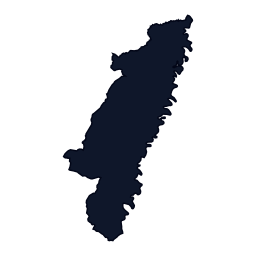 Yotoco, Valle del Cauca, Colombia
{"feature_id": "7082276B27401481263527", "entity_name": "Yotoco", "entity_type": "district", "adm_level": 2, "iso_a3": "COL", "parent_name": "Colombia", "parent_adm1": "Valle del Cauca", "projection": "orthographic", "projection_center": [-76.383, 3.898], "detail": "fine", "context": "isolated", "style": "filled", "palette": "ink", "viewbox_px": 256, "rotation_deg": 0, "n_neighbors": 0, "source": "geoboundaries", "source_scale": "gbopen_adm2", "svg_char_len": 5804}
<svg xmlns="http://www.w3.org/2000/svg" viewBox="0 0 256 256"><path d="M181.3,64.8L182.3,63.7L182.9,62.3L183.0,61.2L182.5,58.7L183.4,57.3L184.2,57.3L185.1,57.8L185.5,59.1L185.2,60.9L185.7,61.4L187.1,61.0L188.0,59.3L187.9,58.2L187.4,57.3L184.9,56.1L184.1,55.2L183.9,53.4L184.5,51.6L184.5,50.5L184.0,49.4L182.1,47.8L182.3,47.3L184.1,46.6L186.1,46.9L188.5,48.6L190.3,51.2L191.1,51.1L191.9,49.8L191.6,48.4L190.4,47.2L189.9,45.6L190.1,44.6L191.5,43.0L191.4,42.4L187.4,40.4L186.8,39.4L186.9,38.4L188.1,36.0L187.9,34.7L187.1,33.9L186.2,33.7L183.9,34.5L183.2,33.8L183.4,33.1L185.5,31.5L185.7,30.9L185.3,30.1L183.7,29.4L184.2,28.1L185.6,27.6L188.7,28.0L189.4,27.6L190.4,23.4L192.4,20.7L192.2,19.6L190.0,16.6L189.0,15.8L187.6,15.4L186.0,18.1L185.7,19.9L183.3,20.6L182.0,20.8L180.3,20.2L178.7,21.1L178.3,20.0L177.7,20.8L176.8,20.2L175.4,21.0L174.8,20.9L174.1,21.3L173.3,20.9L172.9,21.5L172.0,21.1L171.2,21.4L171.1,20.8L170.7,20.8L170.0,21.6L168.8,21.9L169.0,22.7L168.7,23.1L167.7,22.6L166.9,22.7L166.4,23.2L165.9,22.4L164.9,23.5L163.1,23.7L162.8,24.8L162.0,25.3L160.6,24.3L159.5,25.2L156.7,23.8L155.0,24.1L153.9,25.1L152.7,24.7L152.5,25.2L150.8,26.2L150.8,26.9L150.5,26.7L150.5,27.2L148.9,29.3L148.1,29.6L148.3,31.4L147.7,32.4L148.2,34.7L148.9,35.0L149.3,36.2L150.2,37.1L151.0,39.7L149.4,40.3L149.6,41.0L147.2,42.4L146.7,43.9L147.0,45.1L145.2,45.5L143.8,46.7L141.3,47.0L140.9,48.0L140.1,48.5L138.0,50.5L137.6,50.3L136.9,50.9L136.5,50.5L134.3,50.9L130.6,50.6L129.6,51.3L129.1,52.2L127.3,53.3L126.3,52.7L125.5,53.0L125.3,53.8L124.5,53.7L123.8,53.2L122.9,53.5L122.1,54.0L121.6,55.1L120.2,55.5L119.8,56.6L119.2,57.2L117.9,56.9L116.1,55.2L115.4,55.1L115.0,54.4L112.9,53.7L113.4,54.5L113.0,55.2L113.1,55.9L112.3,56.7L112.2,59.9L113.5,60.6L113.2,61.9L112.6,62.7L112.7,63.5L112.0,65.5L111.3,65.6L111.1,65.9L111.0,67.6L114.1,70.4L114.9,70.5L116.1,69.8L119.0,69.1L120.2,69.1L121.9,69.8L122.2,70.6L121.8,71.7L122.5,73.0L122.6,74.1L125.4,76.1L121.9,76.4L119.4,78.6L115.7,80.9L114.6,81.9L114.0,83.1L112.2,84.9L109.2,89.7L107.6,93.6L106.7,94.0L107.4,96.2L107.6,98.3L107.3,98.8L105.8,99.4L105.3,100.4L105.5,101.8L103.6,102.9L101.5,105.7L100.5,107.9L93.9,113.6L93.3,113.8L92.4,115.0L92.1,117.3L91.2,119.3L91.3,120.8L92.0,122.3L91.6,124.7L86.0,134.1L86.0,135.3L85.5,135.8L86.0,137.5L85.6,139.8L84.8,140.1L84.9,140.6L83.4,141.2L82.5,142.2L83.1,142.6L83.4,143.2L83.0,142.8L82.7,143.2L83.7,143.9L84.1,146.3L83.8,148.7L83.2,149.5L83.1,150.1L81.7,149.3L79.6,149.1L78.0,149.7L77.1,150.7L76.6,150.9L70.4,149.8L68.3,150.8L67.2,151.7L65.1,153.8L63.6,156.5L64.5,157.5L64.9,157.4L65.8,157.9L66.0,157.6L67.2,157.5L67.3,158.0L67.7,157.8L68.0,158.2L69.8,158.3L69.6,161.2L70.5,162.3L70.7,163.2L70.1,166.7L69.0,169.6L69.8,170.1L73.5,170.8L77.6,172.0L78.4,172.9L82.7,176.0L84.4,175.7L85.9,176.0L87.6,177.4L91.1,178.8L92.3,178.8L98.5,177.0L100.8,177.6L99.2,181.0L98.8,183.5L97.1,185.4L97.0,187.4L97.6,188.8L96.7,190.6L95.6,192.0L95.3,192.9L94.9,193.4L93.3,193.3L89.5,195.6L86.6,200.4L86.3,202.7L87.1,204.9L86.5,206.2L87.5,208.5L86.7,213.0L88.6,215.1L89.3,216.4L87.9,219.0L88.2,220.8L90.0,222.3L91.0,222.7L91.6,224.0L92.3,224.7L94.0,224.5L94.7,224.9L94.8,226.4L93.9,227.2L93.1,229.1L95.2,229.8L96.3,231.1L98.9,231.5L101.7,233.7L103.1,234.4L105.5,237.3L106.9,237.4L107.5,237.7L108.1,238.8L108.3,240.3L109.5,240.6L110.8,240.2L112.9,240.6L113.6,239.5L117.0,236.9L117.9,235.8L120.1,234.2L122.7,233.2L122.5,231.6L121.6,229.0L121.6,226.4L121.0,222.1L121.2,221.2L121.5,220.6L124.0,219.7L124.8,218.9L125.0,218.2L124.7,216.5L125.0,215.3L125.7,214.9L127.8,214.6L128.3,214.1L128.4,213.5L128.0,212.8L124.7,210.0L123.2,208.2L122.7,206.0L122.9,203.7L123.3,203.3L124.2,203.2L129.1,204.5L131.1,206.6L131.9,208.4L132.6,208.7L133.2,208.5L134.1,207.0L134.3,205.4L132.3,201.7L132.4,200.7L133.5,198.8L133.5,198.0L132.7,197.1L130.6,197.1L130.8,195.7L131.2,195.3L133.3,195.0L134.4,193.5L135.1,193.2L136.8,193.5L137.4,194.5L138.5,194.6L139.6,194.0L140.4,193.0L140.6,191.1L139.8,189.0L139.7,188.0L140.5,186.5L141.7,185.6L142.0,184.9L141.9,184.3L139.2,182.9L137.0,180.4L135.0,179.8L134.5,179.2L134.8,178.5L136.7,176.8L138.0,173.8L139.0,173.6L140.9,175.0L141.4,175.0L141.7,174.5L141.8,173.6L140.9,172.0L139.6,170.3L137.5,168.8L137.2,168.0L137.5,166.9L139.8,165.8L139.9,165.2L137.8,164.8L137.4,164.1L137.7,163.3L139.4,161.9L140.7,160.2L141.1,157.3L141.4,156.7L144.1,157.5L145.7,154.9L146.5,151.9L145.7,148.8L146.0,147.4L147.5,146.4L150.1,146.5L150.9,146.1L150.9,145.2L150.5,144.8L149.6,144.5L146.9,144.4L146.2,143.8L146.2,143.0L147.4,142.1L151.6,141.9L152.8,141.1L153.1,139.4L152.2,137.4L152.7,136.9L153.6,137.0L155.1,137.9L156.7,137.6L156.8,136.6L155.3,135.7L154.9,135.1L157.8,132.5L158.4,131.5L158.5,129.6L157.7,126.7L159.4,125.0L162.5,124.4L163.7,123.5L163.9,122.7L163.6,121.8L163.1,121.3L161.4,120.6L161.0,119.4L161.6,118.6L162.2,118.4L164.2,118.5L165.1,118.2L165.1,117.3L164.4,117.1L162.2,117.4L159.5,119.4L158.2,118.7L157.8,118.0L158.0,117.3L161.2,115.9L162.6,114.4L163.3,114.1L166.9,114.3L170.1,115.0L170.8,114.5L170.9,113.7L170.3,112.4L168.4,109.8L167.1,108.9L164.4,108.5L163.5,107.7L163.4,106.9L163.9,106.4L166.5,106.2L169.1,105.4L170.7,105.5L171.9,104.8L171.9,104.1L171.5,103.1L167.9,99.4L168.0,98.9L168.6,98.4L170.4,98.4L171.2,98.7L173.4,99.9L175.1,101.5L175.6,101.8L176.1,101.5L176.0,100.6L174.0,97.7L171.4,96.0L170.7,94.3L171.7,90.8L173.0,88.7L174.4,87.7L176.7,87.0L177.3,86.2L177.2,85.6L176.4,85.0L172.6,83.5L172.9,82.1L174.2,80.2L174.5,78.9L173.1,76.3L174.1,75.9L176.1,76.9L176.4,76.1L175.8,74.1L173.8,71.7L174.4,70.9L175.8,71.0L177.3,72.1L178.2,73.7L179.4,74.2L180.0,73.7L181.1,71.6L182.7,70.0L183.0,68.5L182.5,67.3L181.6,66.5L178.6,65.8L177.3,66.1L174.5,67.6L173.3,67.5L173.0,67.0L173.6,66.3L175.3,65.9L176.1,65.1L176.7,63.7L177.0,61.6L177.4,61.2L177.9,61.6L177.7,63.7L178.2,64.5L179.7,65.1L181.3,64.8Z" fill="#0f172a" stroke="#020617" stroke-width="1.5"/></svg>